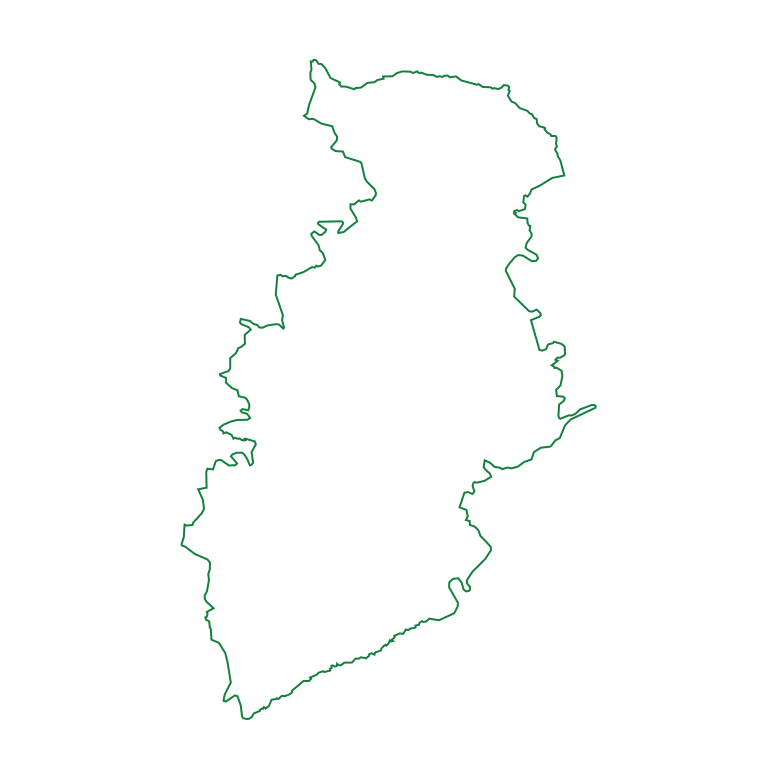 Feshi, Bandundu, Democratic Republic of the Congo (orthographic projection), rotated 267°
{"feature_id": "63176286B93121803325272", "entity_name": "Feshi", "entity_type": "district", "adm_level": 2, "iso_a3": "COD", "parent_name": "Democratic Republic of the Congo", "parent_adm1": "Bandundu", "projection": "orthographic", "projection_center": [18.318, -6.306], "detail": "fine", "context": "isolated", "style": "outline", "palette": "green", "viewbox_px": 768, "rotation_deg": 267, "n_neighbors": 0, "source": "geoboundaries", "source_scale": "gbopen_adm2", "svg_char_len": 6129}
<svg xmlns="http://www.w3.org/2000/svg" viewBox="0 0 768 768"><g transform="rotate(267 384 384)"><path d="M456.5,244.4L452.8,243.4L451.3,244.6L447.8,251.9L445.3,253.8L440.3,247.4L431.4,247.3L428.4,243.1L427.6,240.5L422.4,237.7L417.9,231.8L407.4,231.2L405.0,229.2L402.5,220.6L401.1,221.0L398.2,226.7L393.8,226.1L387.9,231.9L385.4,237.4L379.4,238.3L377.6,244.6L375.5,246.5L370.8,248.3L368.0,248.3L364.8,247.0L366.4,241.3L364.8,239.4L363.1,240.7L361.4,245.7L357.1,248.6L355.4,245.7L355.7,235.1L354.6,229.4L351.9,221.9L348.9,217.4L346.8,218.3L345.1,220.7L343.0,221.1L344.0,223.9L341.1,229.2L337.3,230.8L338.1,232.5L336.9,235.1L337.2,237.1L335.7,238.6L334.9,241.4L335.1,242.5L336.4,241.8L336.7,242.6L333.4,252.0L330.3,252.8L323.0,248.2L312.1,249.2L309.9,247.0L310.0,245.7L316.0,243.6L321.5,240.4L322.9,238.3L323.0,233.0L321.6,228.8L319.8,227.4L312.3,233.1L310.7,231.2L310.7,225.0L316.7,217.1L316.7,214.8L315.8,212.0L307.7,208.8L308.6,203.1L305.4,201.9L289.7,201.4L288.6,192.9L277.8,197.1L268.7,197.7L264.5,195.3L255.7,186.3L253.2,185.3L253.0,179.6L254.0,177.5L241.7,176.1L235.1,173.6L233.3,173.6L232.1,176.8L224.2,186.1L218.0,198.6L214.6,200.9L207.8,200.3L203.6,198.6L197.2,198.9L186.4,196.4L182.3,193.9L178.7,193.8L176.0,195.2L169.0,202.0L165.6,195.1L163.7,195.8L160.8,194.8L160.3,193.4L158.0,193.8L156.1,197.0L149.9,197.3L148.0,198.3L137.7,198.3L134.2,205.6L123.6,211.4L114.9,213.1L93.9,215.4L82.2,208.7L76.5,207.2L75.5,207.7L75.3,209.8L80.8,218.8L79.9,221.3L70.7,224.1L59.2,224.9L57.7,225.8L56.7,229.1L56.6,231.2L58.2,234.3L61.9,236.8L63.9,242.8L65.0,243.0L66.3,245.1L65.9,246.0L67.6,247.1L66.1,248.7L68.4,252.2L74.6,255.2L74.9,259.6L75.8,260.4L75.0,262.3L77.8,265.4L77.6,269.1L79.2,273.8L80.9,276.0L82.7,276.3L91.7,288.1L91.3,293.4L93.4,295.8L94.8,294.8L97.3,302.0L99.0,303.3L100.4,308.2L99.5,309.3L100.7,315.4L102.3,315.1L103.2,316.8L105.4,316.8L105.7,318.0L104.4,319.9L104.9,322.1L106.9,322.5L105.7,323.4L105.3,326.2L107.8,329.7L107.5,337.4L111.2,341.1L111.2,344.7L112.3,346.6L111.0,351.7L113.4,354.9L114.8,355.0L115.8,357.5L114.2,360.3L116.3,361.1L118.1,366.9L120.2,367.7L122.5,370.2L123.5,371.9L122.6,372.5L123.8,374.4L127.5,376.4L126.5,377.1L126.9,379.6L128.2,378.4L130.5,381.5L132.0,381.0L134.1,386.8L133.5,390.0L137.7,393.1L136.9,395.4L138.4,397.3L138.8,401.7L139.5,402.8L141.1,402.7L141.7,406.3L143.6,406.9L145.2,409.5L144.3,411.0L144.6,413.6L147.3,416.9L145.2,426.6L151.4,442.1L157.9,445.9L161.6,446.4L177.5,438.4L182.5,438.8L185.8,442.7L186.1,448.1L181.9,451.0L174.6,452.8L172.6,455.1L172.8,457.6L173.7,458.9L176.7,459.3L180.6,456.5L183.6,456.4L191.9,462.5L204.0,476.0L212.4,482.1L216.0,482.0L227.4,472.3L233.0,470.6L236.7,467.3L238.8,462.3L242.5,462.5L243.9,458.7L247.3,460.7L253.9,459.7L257.0,453.0L271.2,458.6L271.7,462.5L269.5,466.3L270.8,467.8L272.3,468.6L277.7,467.1L280.4,468.1L281.3,469.1L280.6,471.7L282.0,479.2L285.7,486.1L288.7,485.3L293.4,480.6L296.0,479.2L302.5,480.6L299.8,485.8L295.5,490.0L294.4,495.1L292.8,497.8L294.1,502.7L293.1,507.1L294.5,513.4L298.8,519.9L301.0,527.3L308.1,530.2L312.2,537.2L312.7,546.4L313.5,547.7L318.7,552.1L320.8,556.7L333.3,562.7L338.8,568.5L349.1,593.7L350.5,594.4L351.9,593.3L352.2,590.5L348.4,578.5L344.4,573.9L342.8,570.2L343.0,566.9L340.1,558.1L340.8,557.2L343.2,556.5L354.3,557.8L357.8,562.8L360.6,563.8L362.0,562.2L362.9,556.0L369.1,555.6L373.4,560.2L382.9,562.6L387.9,562.0L391.2,557.2L391.0,555.2L392.4,555.0L393.9,552.5L398.1,558.7L399.2,556.5L401.3,558.6L401.0,561.2L403.1,565.4L404.3,566.3L411.8,566.4L414.7,563.5L417.3,556.1L416.0,554.9L414.9,549.9L410.3,547.7L409.0,543.6L410.0,541.0L440.1,534.1L443.0,542.7L444.6,544.2L446.7,543.8L450.3,540.4L448.5,535.7L449.1,532.7L464.5,518.5L472.2,519.6L490.7,511.5L493.1,512.1L497.6,515.4L503.5,520.9L505.7,524.7L505.0,529.4L498.9,538.0L499.0,542.3L501.4,544.4L505.1,543.1L510.3,534.7L512.7,532.6L517.0,533.7L523.8,539.1L526.3,539.3L529.9,537.4L534.0,538.4L534.6,537.1L537.2,535.8L541.8,535.7L543.4,526.7L547.2,523.0L548.0,524.4L548.9,522.8L550.0,523.3L550.7,526.3L549.5,527.7L551.3,533.8L555.5,534.9L558.2,532.6L564.3,533.7L565.0,535.2L563.6,537.1L566.8,539.9L570.5,541.5L573.8,549.7L581.0,562.9L582.8,575.0L598.0,571.8L602.7,569.3L605.4,569.2L607.9,567.5L609.9,567.2L612.0,569.1L615.2,568.4L620.8,569.3L622.7,568.3L622.9,564.0L624.9,563.1L626.2,560.4L629.9,557.7L631.0,558.3L631.7,557.5L633.3,552.4L636.4,550.5L640.5,550.3L641.9,547.6L645.6,546.0L646.6,543.6L649.3,541.5L652.4,534.0L657.6,529.8L659.4,526.1L665.5,522.8L670.1,524.9L671.3,523.7L674.0,524.6L675.5,523.1L676.2,519.3L674.0,517.1L672.5,513.5L673.7,509.5L673.2,507.8L674.7,506.1L675.5,498.0L678.6,494.2L678.0,492.7L683.0,477.3L687.4,471.9L686.9,465.7L688.6,463.9L688.7,460.5L687.6,458.4L688.4,455.7L687.9,453.0L690.1,449.2L690.5,443.0L693.0,437.6L692.7,435.4L694.5,433.2L693.0,429.5L694.5,426.7L695.2,418.7L693.9,413.4L690.9,408.5L691.1,399.2L688.9,399.5L687.9,393.3L685.9,390.3L685.6,383.3L681.2,376.5L681.0,371.0L679.9,369.8L683.0,361.4L683.3,356.8L685.8,354.9L687.4,355.9L692.3,346.7L702.7,341.8L706.9,338.2L707.1,335.4L710.7,333.3L711.4,331.7L711.2,330.4L709.7,329.6L710.0,327.8L701.7,328.0L698.9,326.8L693.1,326.6L691.1,327.0L688.1,330.1L683.9,331.1L666.7,323.8L658.2,321.5L656.0,318.1L652.4,322.7L652.5,327.3L647.3,335.2L644.1,345.8L637.6,347.7L633.5,350.1L629.9,349.7L623.3,343.7L621.8,344.0L619.1,347.9L618.3,355.1L612.6,357.1L607.1,371.8L605.9,373.0L590.6,375.6L586.8,377.6L579.4,384.5L575.1,386.0L573.0,385.6L567.8,381.4L569.1,379.3L567.3,370.4L568.7,368.5L565.0,363.7L565.2,359.9L560.8,359.7L551.5,364.8L547.9,365.6L537.8,351.5L537.2,346.2L539.0,346.3L545.7,351.2L547.3,351.6L548.7,350.1L549.4,327.7L548.4,326.4L546.9,326.9L541.2,334.4L538.8,333.2L536.0,329.1L536.2,327.3L540.0,322.4L537.8,319.3L535.7,319.5L526.2,325.8L520.7,327.0L518.1,329.7L510.9,331.9L505.3,327.1L504.8,323.7L505.7,322.5L503.9,321.0L504.5,318.1L500.0,309.5L497.7,301.3L496.3,300.9L494.2,297.3L494.9,294.6L497.1,291.8L496.9,288.2L498.4,286.6L497.9,283.2L479.0,280.6L458.1,286.6L453.0,285.6L445.5,287.1L444.6,286.2L448.7,282.5L449.4,279.9L448.6,270.8L446.5,265.4L447.1,262.2L449.5,260.7L450.7,256.9L454.0,253.4L456.5,244.4Z" fill="none" stroke="#15803d" stroke-width="2"/></g></svg>